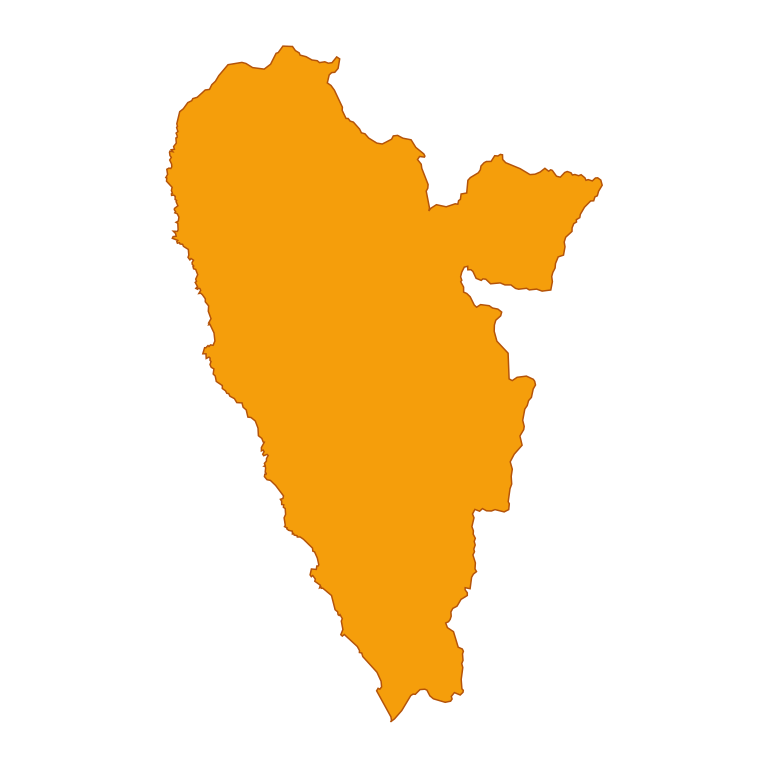 Huarmey, Áncash, Peru (Natural Earth projection)
{"feature_id": "86281439B24455260096548", "entity_name": "Huarmey", "entity_type": "district", "adm_level": 2, "iso_a3": "PER", "parent_name": "Peru", "parent_adm1": "Áncash", "projection": "natural_earth1", "projection_center": [-77.958, -10.151], "detail": "fine", "context": "isolated", "style": "filled", "palette": "amber", "viewbox_px": 768, "rotation_deg": 0, "n_neighbors": 0, "source": "geoboundaries", "source_scale": "gbopen_adm2", "svg_char_len": 6096}
<svg xmlns="http://www.w3.org/2000/svg" viewBox="0 0 768 768"><path d="M346.0,118.4L342.2,110.4L342.4,107.2L334.4,90.2L331.0,85.5L327.3,82.9L329.2,74.9L331.7,72.6L334.8,72.3L338.1,68.4L339.7,58.9L336.7,56.9L332.0,62.7L328.3,63.2L324.8,61.8L319.5,62.6L317.2,60.7L312.0,60.0L306.1,56.7L300.1,55.1L299.2,52.9L295.4,50.6L292.5,46.5L282.9,46.1L278.2,52.6L276.1,53.3L270.6,64.2L264.2,69.1L252.6,67.6L246.0,63.5L241.9,62.4L228.0,64.7L218.8,75.6L215.4,81.3L211.8,84.7L209.5,89.4L205.2,90.0L197.2,97.3L192.8,98.6L191.7,100.7L187.8,102.6L183.3,108.8L179.7,111.7L176.8,123.8L177.5,126.3L176.6,127.4L177.9,131.6L176.1,133.1L177.2,135.7L177.1,137.5L175.9,138.0L176.3,143.1L173.6,146.5L174.4,149.3L171.3,149.7L172.8,151.7L170.0,151.1L169.5,152.3L170.0,155.6L171.3,157.4L169.7,160.0L171.6,164.1L171.8,166.8L170.8,168.5L168.9,168.1L166.8,169.3L167.6,174.4L165.8,177.6L166.8,178.0L166.5,181.2L172.1,187.3L171.4,190.5L172.4,193.3L171.4,193.9L171.6,195.4L173.7,195.1L175.2,196.4L175.1,199.5L176.6,200.4L176.1,201.7L177.9,205.8L174.5,208.4L174.3,209.7L175.6,211.6L174.8,212.8L177.2,213.7L178.9,217.1L178.3,221.0L176.0,222.3L177.8,223.3L178.1,229.7L177.4,231.4L173.3,231.2L175.5,233.4L176.2,236.2L173.1,236.6L172.3,238.3L177.8,240.4L176.8,241.6L177.4,243.2L179.5,242.7L180.0,244.0L182.6,244.3L183.5,246.4L188.3,249.4L188.8,255.1L188.0,257.3L189.9,259.9L191.0,258.5L193.5,260.2L192.1,262.4L192.2,264.2L193.7,266.0L193.0,266.5L193.6,268.8L195.7,269.4L197.7,274.7L195.7,279.1L196.5,281.4L195.2,282.4L197.5,286.5L195.8,288.4L197.7,289.3L198.0,288.2L199.8,288.5L200.7,290.3L198.8,293.5L200.7,293.2L202.4,294.7L205.3,298.8L205.3,301.8L208.6,305.9L208.3,311.3L211.0,318.7L208.6,323.0L209.4,323.3L208.6,324.8L210.1,324.6L214.0,332.9L214.9,341.0L213.1,345.3L210.5,344.9L209.0,346.5L208.0,345.6L205.8,347.8L204.6,347.7L202.8,353.8L206.0,353.8L206.2,358.5L209.0,357.1L210.1,358.1L210.0,360.3L211.0,361.5L210.0,364.6L211.2,367.3L213.9,368.9L213.2,374.0L215.2,376.0L216.3,381.5L222.3,385.5L222.3,388.5L225.5,390.8L226.8,393.3L228.7,393.6L229.9,396.2L234.4,398.6L236.8,402.6L242.0,402.9L243.1,407.2L246.2,409.9L247.9,417.1L251.0,417.5L255.3,421.0L258.0,428.1L258.4,435.7L261.8,438.4L263.2,442.0L264.3,442.2L261.4,447.5L261.4,450.9L263.1,450.1L264.1,451.6L262.7,454.2L263.7,455.7L267.0,454.4L268.2,455.5L266.5,458.5L266.4,461.1L264.4,463.4L265.2,465.5L264.1,466.2L265.3,466.5L265.6,468.1L265.2,472.2L266.3,473.4L266.0,474.4L264.8,474.2L264.4,476.6L267.0,479.7L270.4,480.4L275.6,485.4L283.5,495.9L282.9,498.5L280.4,499.3L281.6,501.1L281.7,504.5L283.7,504.8L283.4,507.3L285.2,508.5L285.6,514.4L284.1,517.8L285.3,525.4L284.5,526.6L287.1,527.9L286.8,528.8L288.6,530.3L292.3,531.2L292.4,534.0L293.5,533.5L294.2,535.1L297.0,535.6L297.3,537.0L300.2,537.0L303.4,539.2L312.5,548.1L312.8,551.1L314.6,551.9L317.3,558.0L318.8,564.8L318.1,566.0L316.8,566.0L316.3,569.4L311.4,569.0L310.1,574.9L311.3,576.7L312.7,575.5L315.3,579.0L314.8,581.3L320.4,585.3L319.6,587.8L321.0,587.1L321.3,588.3L322.8,588.2L331.5,595.5L335.1,609.7L337.6,611.8L338.1,614.7L339.2,615.5L340.0,614.6L342.3,618.7L341.3,621.1L342.9,629.5L340.8,634.7L342.3,636.1L344.3,634.5L357.3,646.5L359.5,650.5L359.4,652.5L361.7,653.0L362.8,656.6L377.0,672.3L381.1,681.3L381.6,686.9L379.8,689.2L378.1,688.3L376.6,690.8L390.9,716.8L391.5,720.4L390.5,721.9L394.5,718.9L401.8,710.5L410.8,695.5L413.1,694.1L415.3,694.3L420.0,689.6L424.8,689.2L426.9,690.1L429.9,695.9L433.4,698.8L445.2,702.3L450.6,701.2L452.1,699.0L451.3,696.4L454.4,692.6L460.2,695.0L463.0,692.3L463.3,690.3L461.9,688.8L461.2,679.4L462.8,667.5L461.7,663.6L463.0,660.4L462.5,653.9L463.4,651.3L462.3,649.0L458.2,647.2L453.5,631.7L447.4,627.6L445.7,623.0L448.5,621.7L450.1,619.5L451.2,616.2L450.9,611.9L452.8,608.4L457.0,606.2L461.0,599.4L467.3,595.5L467.3,592.8L465.1,589.8L465.2,587.7L470.1,588.7L471.6,577.3L473.4,574.1L476.5,571.6L475.0,568.9L475.4,562.9L472.9,554.9L474.5,551.7L473.8,549.1L475.2,545.0L474.2,541.5L475.3,538.3L473.2,534.2L473.4,530.8L471.9,526.6L474.0,517.8L472.5,514.0L474.9,509.4L479.6,511.2L482.5,508.6L486.5,510.8L491.4,511.0L495.0,509.6L504.2,511.9L508.7,509.6L509.3,503.8L508.2,501.7L510.0,488.7L511.7,484.0L511.2,476.4L512.3,469.2L510.2,461.8L514.2,454.2L522.1,445.2L519.9,436.0L523.7,429.6L524.2,426.4L522.7,420.3L524.8,409.1L527.2,405.6L528.6,400.6L531.4,397.4L533.2,389.0L535.5,385.0L534.7,381.3L533.3,379.3L526.4,376.1L517.1,377.3L512.2,380.6L509.1,378.9L508.1,353.2L496.9,341.2L494.2,331.3L494.4,325.0L495.8,320.2L500.7,315.8L501.7,312.1L497.9,309.1L492.5,308.0L489.2,305.7L480.6,304.6L476.6,307.2L474.3,305.1L470.2,296.8L466.8,293.5L463.6,292.1L463.6,287.1L460.7,281.7L461.8,280.3L460.6,276.8L461.8,272.0L464.3,267.1L467.7,266.3L467.8,269.8L470.9,269.7L472.9,271.4L476.1,278.3L481.2,280.4L482.9,278.9L485.8,279.2L490.6,283.8L500.2,282.9L504.9,284.9L510.9,284.9L515.5,288.4L518.6,289.2L526.6,288.3L529.3,289.9L536.6,289.1L542.1,291.1L550.8,290.0L552.4,281.6L551.7,276.5L552.8,272.5L555.1,268.0L555.5,263.5L558.2,256.9L563.5,255.1L565.0,246.8L564.2,242.0L565.7,237.2L572.0,231.4L572.1,227.8L573.8,223.6L576.5,222.0L576.3,219.7L579.8,217.6L580.3,214.4L584.5,207.2L590.6,201.0L593.7,200.8L594.9,196.9L597.3,195.8L598.6,191.2L602.2,185.2L600.8,180.1L597.7,177.8L595.4,178.0L592.3,180.9L588.2,179.6L586.0,180.3L584.9,177.8L581.1,174.7L578.6,175.7L574.9,174.5L572.4,175.0L571.0,172.8L567.2,171.5L564.7,172.5L560.3,177.2L556.5,176.2L552.3,170.4L550.7,169.8L548.6,171.2L544.9,168.3L540.2,172.0L535.1,174.2L530.0,174.6L520.2,168.7L505.7,162.7L502.7,159.5L502.5,154.8L500.4,154.4L497.9,156.0L494.7,155.7L491.1,161.4L486.4,161.5L484.1,162.7L481.0,166.0L480.3,169.9L478.3,172.8L470.3,177.6L467.9,180.3L466.7,193.0L461.1,194.0L460.4,199.4L458.6,200.6L457.8,204.2L455.2,203.8L446.2,206.8L436.4,204.7L430.8,208.3L428.8,211.0L429.5,208.0L426.2,191.1L427.8,188.2L428.1,184.5L421.8,168.4L421.2,164.2L417.5,159.5L419.6,156.5L424.4,157.1L424.9,156.1L423.8,153.9L415.8,147.4L411.1,139.8L402.9,138.2L397.6,135.4L393.3,135.9L391.6,139.2L382.3,144.0L376.8,143.1L368.6,138.0L365.0,133.8L361.4,132.8L359.6,129.1L353.4,122.1L350.2,121.1L348.1,118.5L346.0,118.4Z" fill="#f59e0b" stroke="#b45309" stroke-width="1.5"/></svg>